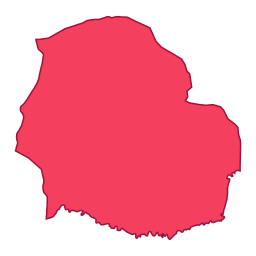 Juban, Al Dali', Yemen (Albers equal-area conic projection)
{"feature_id": "15242507B54497479807016", "entity_name": "Juban", "entity_type": "district", "adm_level": 2, "iso_a3": "YEM", "parent_name": "Yemen", "parent_adm1": "Al Dali'", "projection": "albers", "projection_center": [44.946, 14.052], "detail": "fine", "context": "isolated", "style": "filled", "palette": "rose", "viewbox_px": 256, "rotation_deg": 0, "n_neighbors": 0, "source": "geoboundaries", "source_scale": "gbopen_adm2", "svg_char_len": 5857}
<svg xmlns="http://www.w3.org/2000/svg" viewBox="0 0 256 256"><path d="M234.8,124.1L228.0,119.0L223.7,110.3L220.4,106.8L213.0,104.7L205.7,105.3L198.8,104.5L190.6,103.1L189.7,103.0L185.4,100.9L187.7,96.6L186.9,91.2L191.7,87.1L189.7,73.9L186.9,71.1L184.9,64.4L181.6,59.1L174.0,54.5L161.3,47.1L155.9,41.2L149.9,27.9L134.9,21.0L128.4,17.7L127.5,17.3L126.0,17.1L121.8,17.0L120.4,16.9L118.4,16.7L116.4,16.7L115.0,17.0L112.3,17.7L111.7,17.7L111.0,17.6L109.7,17.0L109.0,16.8L107.8,16.7L107.2,16.8L105.8,17.2L103.9,17.9L99.4,19.3L98.7,19.4L95.3,19.4L91.0,19.9L88.4,20.3L87.7,20.4L86.6,20.8L83.0,22.8L81.8,23.3L65.3,28.6L48.3,38.2L38.4,39.5L37.1,39.4L36.0,39.3L36.0,39.9L36.4,41.9L37.1,44.4L37.7,47.0L38.3,48.9L38.6,49.4L39.1,50.0L39.7,50.4L40.2,50.7L41.0,51.6L42.6,52.9L43.4,54.7L43.5,55.3L43.4,56.0L43.1,57.2L42.9,57.6L43.0,58.2L42.5,61.7L39.3,75.4L39.3,76.0L39.1,77.3L38.3,80.0L37.3,82.6L36.4,84.4L35.5,85.7L34.1,88.4L33.3,89.6L32.2,91.1L31.5,92.4L31.1,92.9L30.0,94.8L29.2,96.0L27.8,98.4L26.9,99.8L26.2,100.7L25.8,101.4L24.0,103.7L22.4,105.2L21.8,105.6L20.9,106.6L20.6,107.2L20.4,108.4L20.3,109.1L20.4,109.7L20.5,110.3L20.7,110.9L21.0,111.6L21.9,112.7L23.0,114.3L23.2,114.8L23.6,116.2L23.6,117.5L23.5,118.9L23.0,120.7L22.9,121.5L22.4,122.7L21.9,124.7L20.8,127.1L20.0,128.4L19.4,129.7L19.1,130.3L17.4,132.7L16.9,133.9L16.7,135.3L16.6,136.1L16.6,137.7L16.8,138.3L16.8,139.6L17.0,140.4L17.5,141.7L17.6,143.0L17.5,143.6L17.1,144.9L17.0,145.6L16.5,146.8L16.3,147.4L16.1,148.8L16.0,149.4L15.4,150.8L17.6,152.0L28.4,157.8L41.2,169.1L41.4,169.4L43.8,180.0L43.7,183.1L43.4,184.0L43.1,185.2L43.0,186.5L43.0,188.0L43.2,190.3L43.6,191.6L43.9,192.4L44.2,192.9L44.6,193.4L45.5,194.3L46.6,195.5L47.0,196.2L47.2,196.9L47.3,199.8L47.2,202.1L47.2,205.6L47.0,207.5L46.7,211.0L46.7,213.1L46.4,216.5L46.4,219.0L47.9,218.4L50.1,217.9L51.5,217.4L52.5,216.9L53.2,216.6L53.7,216.1L54.4,215.1L55.2,214.2L56.2,212.9L56.5,212.3L56.9,211.1L57.3,210.5L58.2,209.6L58.7,209.4L59.3,209.0L60.1,207.3L60.9,206.3L61.3,205.8L61.9,205.3L62.5,205.0L63.2,204.9L63.8,205.1L64.4,205.4L64.7,206.0L64.8,206.5L64.8,207.1L65.4,209.3L66.0,209.7L66.6,209.4L67.9,209.3L68.5,209.4L68.7,210.0L68.9,211.3L69.2,211.9L69.7,212.2L70.2,211.8L71.0,210.7L71.7,210.5L72.3,210.4L73.0,210.5L74.9,210.9L75.6,210.9L76.7,211.7L77.3,211.7L78.6,211.2L80.1,210.6L80.7,210.6L81.6,210.7L82.9,211.0L83.0,211.6L82.3,212.8L81.3,213.8L81.1,214.4L81.3,215.0L81.8,215.2L82.5,215.1L83.1,214.6L84.5,213.4L85.2,212.4L85.9,212.3L86.4,212.4L87.2,213.6L87.9,213.9L88.5,214.0L89.0,214.4L89.8,215.6L90.9,216.5L91.4,217.0L93.2,217.8L95.0,218.3L95.5,218.7L95.8,219.3L96.0,220.0L95.9,222.5L96.4,222.9L97.0,222.9L99.0,222.5L99.6,222.9L100.4,224.0L100.8,224.5L101.4,224.7L102.0,224.8L102.6,224.8L106.2,223.9L107.5,223.7L108.1,223.7L108.8,223.8L109.1,224.3L109.3,224.9L109.4,226.2L110.1,226.3L110.6,226.6L111.0,227.7L111.6,228.2L112.8,228.2L113.4,228.4L114.0,228.4L114.5,228.2L114.7,227.6L115.1,226.9L115.5,226.4L116.1,226.4L116.7,226.4L117.1,226.9L117.2,227.5L117.3,229.5L117.3,230.1L118.0,230.3L118.6,230.5L119.8,230.5L120.4,230.3L120.9,229.6L121.1,228.9L121.6,228.4L122.2,228.4L122.7,228.7L124.4,230.2L125.0,230.5L125.5,230.9L127.1,232.1L128.3,232.7L129.5,233.2L131.3,234.0L131.9,234.4L132.5,234.5L133.8,234.1L135.0,233.8L135.6,234.0L135.8,234.8L135.8,237.3L136.1,237.9L136.5,238.3L137.1,238.0L137.5,237.6L138.5,236.0L139.2,235.9L140.2,236.9L140.6,236.5L140.6,235.1L140.9,234.5L141.7,234.4L142.3,234.4L143.0,234.2L143.9,234.2L144.6,234.3L146.0,235.6L146.7,235.9L147.4,235.8L147.7,235.2L148.0,233.9L148.5,232.7L148.8,232.1L149.5,231.6L150.0,231.5L150.6,231.8L151.4,233.0L152.0,234.3L152.5,235.0L153.1,235.6L153.7,235.9L154.3,235.9L154.9,235.6L155.6,234.6L156.3,233.5L157.0,232.4L157.6,232.4L158.0,233.0L158.3,234.9L158.6,235.4L159.2,235.7L160.2,235.0L160.9,235.3L161.5,236.4L162.0,237.0L162.6,237.3L163.0,236.8L162.9,236.2L162.5,235.0L162.3,234.3L162.7,233.9L163.4,234.0L163.9,234.8L164.5,235.9L165.0,236.2L165.6,236.0L166.1,234.8L166.8,234.6L167.3,235.1L167.6,235.6L168.1,237.6L168.3,238.1L168.7,238.6L169.2,239.0L169.8,239.3L170.3,239.1L170.8,238.7L173.3,236.1L174.6,234.6L175.4,234.2L176.0,233.9L176.4,233.4L176.6,232.8L176.6,232.2L176.8,231.6L177.3,231.0L178.0,230.8L178.6,230.7L179.8,230.7L180.5,230.9L180.9,231.6L181.4,232.0L182.0,232.2L182.6,232.0L183.0,231.7L183.5,230.5L184.0,230.0L184.5,229.7L185.1,229.5L185.6,229.8L186.3,229.9L186.9,229.6L187.4,229.2L188.1,229.0L188.8,229.2L189.5,229.5L190.0,229.0L190.3,227.8L190.7,227.3L191.2,227.0L194.3,225.7L194.9,225.6L196.6,225.2L197.3,225.0L197.9,224.8L198.5,225.1L199.1,225.2L202.0,223.3L202.6,223.0L203.0,223.5L203.1,224.1L203.3,224.7L203.9,224.9L204.5,224.8L204.9,224.3L205.2,223.7L205.6,223.2L206.4,223.0L207.1,223.2L207.6,223.4L208.3,223.5L208.8,223.1L210.0,221.4L210.4,220.9L211.0,220.7L211.4,221.3L211.7,221.8L212.1,222.4L212.7,222.5L213.5,222.5L214.7,222.0L215.7,221.6L216.4,221.4L217.6,220.9L218.2,220.7L218.9,220.7L219.4,220.9L220.7,221.0L221.4,221.0L221.6,220.4L221.6,219.8L223.1,219.2L223.6,218.8L224.3,217.7L224.5,217.1L224.1,216.6L223.5,216.2L222.9,216.0L222.2,215.9L221.6,215.8L221.1,215.3L221.0,214.7L221.1,214.1L221.7,214.0L222.3,214.3L222.9,214.4L223.1,213.8L223.6,211.8L223.7,210.4L224.0,209.2L224.7,207.5L226.1,202.0L226.7,200.0L226.9,199.2L227.2,195.5L227.6,193.4L227.5,190.2L227.5,189.0L227.6,188.3L227.6,187.5L227.9,185.5L228.1,184.8L228.9,182.4L229.2,181.7L229.7,179.9L229.8,179.3L229.2,178.9L227.3,178.7L226.9,178.3L226.9,177.7L227.9,175.8L228.3,175.3L228.8,174.9L229.5,174.8L230.1,175.1L230.6,175.4L231.0,175.9L232.0,176.5L232.7,176.2L232.7,175.6L232.1,174.5L231.9,173.8L231.9,173.2L232.3,172.7L233.0,172.5L233.7,172.7L234.2,173.1L234.7,173.4L234.8,172.8L234.7,172.2L235.1,171.7L235.5,171.2L236.7,170.7L237.2,170.4L237.8,170.4L240.1,170.9L240.1,166.5L240.6,144.3L240.3,140.3L238.6,134.6L237.8,127.4L234.8,124.1Z" fill="#f43f5e" stroke="#9f1239" stroke-width="1.5"/></svg>